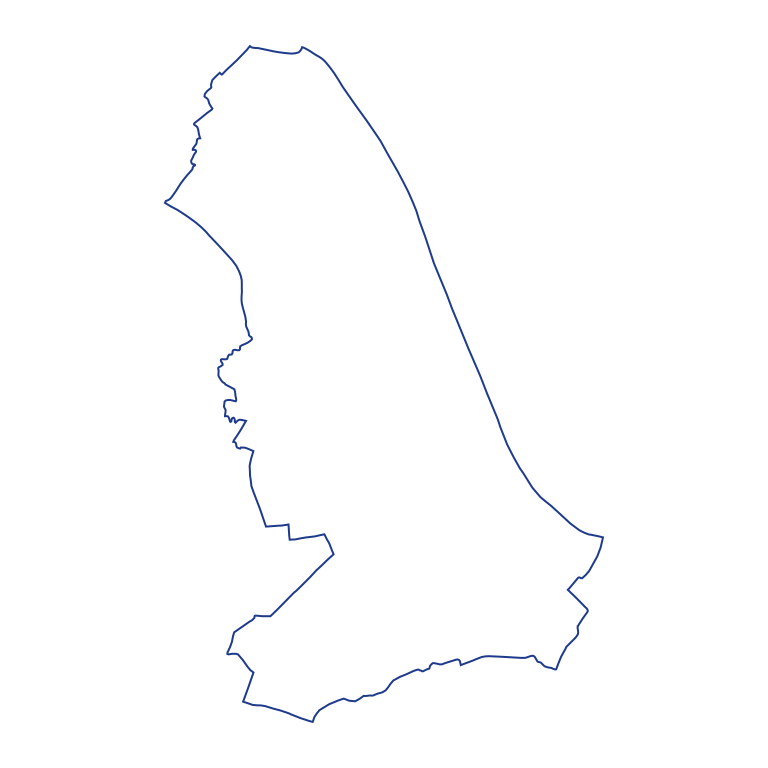 Sa Dec, Can Tho, Vietnam
{"feature_id": "81297802B46621499872955", "entity_name": "Sa Dec", "entity_type": "district", "adm_level": 2, "iso_a3": "VNM", "parent_name": "Vietnam", "parent_adm1": "Can Tho", "projection": "albers", "projection_center": [105.732, 10.322], "detail": "fine", "context": "isolated", "style": "outline", "palette": "blue", "viewbox_px": 768, "rotation_deg": 0, "n_neighbors": 0, "source": "geoboundaries", "source_scale": "gbopen_adm2", "svg_char_len": 6057}
<svg xmlns="http://www.w3.org/2000/svg" viewBox="0 0 768 768"><path d="M603.0,537.4L598.1,536.2L590.7,534.7L588.6,534.4L583.8,532.5L579.3,530.2L570.2,523.4L563.3,517.0L551.3,506.0L545.3,501.2L540.5,497.2L532.3,487.6L523.3,473.2L522.9,472.6L520.0,468.5L513.8,457.5L507.1,444.4L499.9,426.0L499.9,425.8L497.8,419.4L487.2,393.8L480.8,377.4L480.5,376.6L476.7,367.7L468.4,348.5L457.2,321.1L452.2,309.0L447.0,295.0L433.9,263.2L431.7,256.4L425.1,236.4L419.5,221.1L416.3,210.7L412.4,201.2L408.1,191.5L402.6,180.7L401.6,178.9L397.8,171.6L387.7,154.0L380.6,141.1L377.4,136.3L368.5,123.3L368.2,122.8L355.0,104.5L343.0,87.3L338.3,79.6L334.2,73.2L330.2,67.7L326.7,63.4L324.4,60.8L321.9,58.6L319.0,56.7L315.1,54.5L309.8,51.0L306.7,49.2L303.5,47.6L302.1,47.2L301.5,49.0L300.3,50.8L298.6,52.4L295.1,53.3L291.4,53.6L285.6,53.1L277.8,52.1L272.9,51.2L267.8,50.1L260.6,48.6L258.2,48.1L255.6,48.0L252.3,47.6L251.2,47.2L249.9,46.1L246.7,50.1L236.3,60.8L226.5,69.9L222.2,74.3L221.8,74.6L220.7,73.8L219.8,72.8L216.0,76.3L212.3,80.1L211.4,83.3L211.0,84.8L211.3,87.4L210.7,88.2L207.3,90.9L204.9,93.9L204.7,94.6L204.5,96.6L207.3,98.6L208.3,100.1L209.1,103.2L211.2,106.9L212.4,108.5L212.0,109.4L206.7,113.3L202.2,117.0L195.5,122.3L194.5,123.1L194.0,124.1L194.1,124.5L195.1,125.4L196.0,125.9L196.6,126.5L197.2,127.0L197.7,128.0L198.2,129.7L198.5,131.4L198.9,133.9L199.2,135.1L199.6,136.6L199.9,137.6L200.2,138.3L198.5,138.5L197.6,138.9L197.2,139.4L196.7,142.1L196.5,143.2L196.2,144.1L195.3,145.3L193.7,147.4L193.0,148.4L192.8,149.0L192.8,149.9L193.9,149.8L194.7,149.8L195.2,150.0L195.8,150.4L196.1,151.0L196.0,151.8L194.8,153.5L193.7,155.2L192.9,157.3L192.0,159.0L191.2,160.5L191.2,161.4L191.3,162.3L191.9,163.6L192.8,164.1L193.8,164.3L194.5,164.4L195.0,164.8L195.0,165.2L194.7,165.7L193.7,166.0L193.3,166.4L192.9,167.1L192.5,168.3L192.5,169.0L192.0,169.8L190.4,171.6L187.0,175.4L184.0,179.1L180.7,183.5L175.8,191.2L172.2,196.3L170.8,198.1L169.9,199.0L168.9,199.7L167.5,200.4L166.2,200.8L165.7,201.2L165.3,202.0L165.1,202.7L165.0,202.9L166.8,204.0L170.6,206.3L177.8,210.1L187.8,216.7L195.9,222.6L201.7,227.6L205.9,231.7L209.0,235.3L218.3,245.1L227.6,255.2L232.2,260.3L236.4,266.0L239.2,271.6L240.7,275.6L241.7,280.0L241.8,283.5L241.8,287.8L241.9,291.8L241.6,296.1L241.5,299.6L241.8,303.1L242.7,307.2L244.2,312.5L245.4,317.1L246.1,321.9L245.9,323.2L245.9,324.8L246.3,326.8L247.2,328.8L248.4,331.5L248.8,333.6L249.0,335.2L250.0,336.4L251.3,337.1L251.9,338.2L251.9,339.4L250.3,340.9L247.6,342.7L244.5,344.2L242.4,345.0L240.2,346.3L240.0,347.8L240.0,349.2L239.2,350.2L237.6,350.3L235.8,349.9L234.3,349.8L233.2,350.2L232.7,351.1L232.5,352.3L232.4,353.6L231.6,354.5L230.1,354.7L229.1,354.7L228.3,355.7L227.6,357.6L227.3,358.8L225.9,359.3L224.7,359.3L222.8,359.2L221.6,359.2L220.9,359.7L220.8,360.9L221.5,362.1L222.5,363.5L222.6,365.0L221.6,365.7L220.4,366.5L219.0,367.1L218.2,368.0L218.2,368.9L218.6,370.2L218.6,371.3L218.4,375.3L218.9,376.7L220.1,378.6L221.5,380.8L222.9,382.3L224.5,383.2L225.5,384.5L231.3,387.6L234.4,389.3L235.1,392.2L235.5,396.0L236.1,398.6L236.2,400.1L236.1,400.7L235.7,401.3L233.5,400.8L230.4,400.0L227.9,400.0L225.7,400.5L224.6,401.5L224.4,403.2L224.1,405.3L224.0,406.9L224.7,408.2L225.6,409.9L225.5,412.1L225.1,414.4L225.0,416.2L226.6,416.1L228.0,416.4L228.8,417.6L229.5,419.8L230.0,421.5L230.6,421.9L231.3,421.3L231.8,418.8L232.5,418.0L233.5,417.7L234.2,418.2L234.7,419.4L234.8,420.7L234.8,422.0L235.6,422.7L236.6,421.6L238.0,420.4L239.2,419.8L240.6,419.8L242.2,420.0L245.2,420.7L246.0,420.9L241.4,428.8L237.7,434.7L235.5,437.9L233.9,440.3L233.3,441.9L234.7,442.1L235.7,442.9L236.2,444.5L236.4,446.2L237.1,447.5L238.3,448.1L240.1,448.6L240.9,447.5L245.1,447.7L248.3,448.9L250.2,449.7L253.4,451.1L251.2,458.4L250.4,461.9L249.6,466.0L249.8,468.9L250.1,476.0L250.7,479.9L251.4,486.1L253.5,492.0L256.7,500.4L260.0,509.0L263.0,517.8L266.0,526.6L278.4,525.7L281.4,525.6L286.8,524.8L288.5,524.5L288.9,530.3L289.2,535.6L289.7,539.7L295.4,539.4L300.3,538.4L305.6,537.5L314.8,536.4L321.5,534.9L324.4,534.3L326.6,538.8L329.3,543.5L331.8,550.0L333.6,554.3L328.1,559.2L321.5,565.6L316.3,570.4L310.5,576.7L300.2,587.0L295.6,591.4L294.2,592.4L283.8,603.0L277.0,609.9L270.4,616.2L262.4,616.2L255.7,615.6L254.7,615.9L254.3,618.0L252.1,620.2L249.6,621.6L239.4,628.7L234.2,632.3L233.1,635.9L231.9,641.9L230.0,647.2L227.7,652.0L227.3,653.9L228.7,654.4L232.1,653.8L236.1,653.8L238.0,654.4L242.8,660.0L247.6,666.8L250.4,670.2L253.5,672.5L248.0,688.3L243.1,701.7L247.5,703.1L252.6,704.9L256.9,705.3L260.9,705.4L265.5,706.2L272.9,708.5L280.8,710.6L288.5,713.2L291.8,714.7L300.5,718.1L309.9,721.2L312.7,721.9L314.5,716.8L316.8,713.5L319.4,710.2L329.0,704.3L338.2,700.5L343.7,698.6L349.2,700.7L355.1,701.3L359.8,698.7L363.6,695.9L366.1,696.0L369.3,695.5L372.8,695.6L377.4,693.7L382.2,692.4L385.6,690.4L388.2,687.2L390.6,683.7L393.3,680.5L399.9,676.9L406.3,674.3L413.7,670.9L417.7,669.6L418.6,669.6L419.7,670.3L421.4,670.7L422.0,671.2L422.2,671.3L422.8,671.3L423.2,671.2L423.4,671.1L426.6,669.5L427.3,669.2L427.8,669.0L428.6,668.9L428.9,668.8L429.2,668.7L429.5,668.1L429.8,666.9L430.0,666.0L430.8,664.9L432.2,663.6L432.9,663.1L433.7,663.1L436.6,663.6L439.4,664.3L441.8,664.4L445.1,663.1L455.1,660.0L456.6,659.5L457.6,659.5L458.3,659.7L458.9,659.9L459.6,660.7L460.0,661.5L460.6,664.2L460.8,665.1L474.3,660.0L475.5,659.4L481.8,657.0L485.1,656.4L489.0,656.2L502.4,656.8L521.2,657.9L524.3,657.9L525.5,657.8L531.2,655.9L532.7,655.8L533.6,655.9L535.0,657.2L536.9,660.6L537.7,661.7L539.4,662.2L540.2,662.3L541.0,662.7L543.9,665.7L545.0,666.4L545.7,666.7L547.9,667.4L551.3,667.9L553.2,668.8L554.9,669.4L555.6,669.4L556.0,669.4L556.4,668.7L558.4,663.4L561.1,656.7L565.4,649.0L566.4,646.8L567.6,645.6L575.7,637.5L577.1,635.6L578.0,633.9L578.2,632.0L577.6,627.8L577.7,626.3L577.8,626.3L579.3,623.8L582.8,618.4L587.1,612.4L587.7,611.5L587.7,610.4L587.4,609.4L586.7,608.4L585.6,607.5L576.4,598.1L567.8,589.8L569.4,588.2L578.2,577.7L579.3,577.4L580.0,577.6L581.1,578.2L582.2,578.2L583.4,577.1L585.9,574.8L589.2,570.9L597.3,556.3L600.6,547.6L603.0,537.4Z" fill="none" stroke="#1e3a8a" stroke-width="2"/></svg>